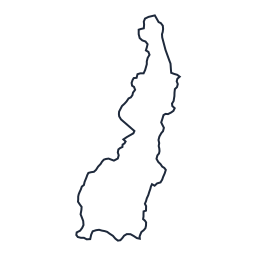 Barra do Rocha, Bahia, Brazil
{"feature_id": "56859067B92025314494769", "entity_name": "Barra do Rocha", "entity_type": "district", "adm_level": 2, "iso_a3": "BRA", "parent_name": "Brazil", "parent_adm1": "Bahia", "projection": "robinson", "projection_center": [-39.586, -14.075], "detail": "fine", "context": "isolated", "style": "outline", "palette": "slate", "viewbox_px": 256, "rotation_deg": 0, "n_neighbors": 0, "source": "geoboundaries", "source_scale": "gbopen_adm2", "svg_char_len": 2394}
<svg xmlns="http://www.w3.org/2000/svg" viewBox="0 0 256 256"><path d="M162.2,37.4L162.0,34.2L162.7,32.0L163.1,29.0L162.8,25.7L160.8,23.1L158.6,22.1L156.7,18.7L154.8,15.4L148.5,16.9L145.0,18.6L143.8,21.6L144.1,24.6L143.8,28.3L140.8,29.0L138.7,29.7L138.7,34.2L139.7,38.1L142.3,40.4L145.5,41.5L147.6,44.2L146.8,47.4L145.9,50.4L148.4,51.9L149.5,54.8L147.7,57.8L146.8,61.3L146.8,64.2L146.0,67.0L145.1,70.1L143.6,73.3L140.4,73.3L137.5,74.2L136.6,77.8L133.7,78.1L132.6,80.0L131.6,82.9L132.1,85.7L134.0,86.9L135.1,89.8L133.0,92.6L132.4,95.2L130.8,97.4L128.6,98.4L126.5,101.5L124.5,103.7L122.0,106.0L120.5,108.9L119.1,111.6L118.9,114.1L119.2,116.4L121.0,119.4L134.4,131.0L133.4,133.3L127.1,136.9L123.4,139.4L125.6,141.5L124.5,143.4L122.6,144.6L122.4,147.0L120.2,148.0L118.4,149.4L117.8,152.4L118.7,155.3L117.8,158.5L115.8,159.6L113.9,160.6L108.6,158.6L105.8,159.0L103.8,159.7L102.0,161.7L100.6,164.0L98.1,166.6L96.0,169.9L93.9,171.8L91.1,172.2L88.4,172.9L87.3,175.0L86.3,177.8L84.6,181.9L83.9,185.0L81.8,186.6L80.9,189.3L79.5,192.3L78.7,194.3L78.2,196.6L78.2,199.2L78.0,201.7L79.7,204.3L81.6,206.9L81.4,209.9L80.6,214.3L81.9,217.6L83.2,221.0L83.5,225.0L82.2,227.9L80.1,230.7L76.7,232.4L76.3,235.0L77.8,237.0L80.9,237.8L83.9,237.8L86.7,239.3L90.2,239.1L91.2,234.6L92.7,231.3L96.1,230.2L99.1,229.8L101.9,230.6L104.7,231.1L107.2,231.9L109.5,233.6L112.9,235.8L115.4,238.7L117.9,240.6L120.4,240.2L122.4,238.0L124.1,235.7L126.8,234.1L130.5,234.2L133.7,236.0L136.9,238.1L139.8,238.7L139.6,236.5L140.4,234.3L141.4,232.0L143.7,230.2L145.4,228.2L146.0,225.7L146.1,222.4L144.9,220.6L143.1,219.1L143.5,216.5L143.5,213.9L143.6,211.4L146.0,210.6L146.1,206.1L144.9,203.8L146.0,201.2L146.8,198.3L148.3,195.1L149.2,192.1L150.3,189.0L150.9,186.6L152.0,184.2L154.6,185.7L157.1,183.4L160.5,182.4L162.2,179.6L163.1,177.0L164.7,173.4L165.8,169.9L164.3,167.9L162.2,166.6L160.6,164.2L158.3,162.0L156.5,158.8L157.4,155.4L159.0,153.5L159.5,151.1L159.3,148.5L158.7,146.0L159.2,143.1L158.5,140.0L159.4,136.5L161.4,133.0L163.0,131.2L163.9,127.8L162.4,124.9L161.2,122.4L162.5,118.5L163.5,115.1L165.5,113.9L168.0,114.1L171.1,112.5L173.4,110.9L174.7,108.2L172.3,106.0L172.0,103.6L173.6,101.0L174.4,96.1L174.5,92.6L174.9,89.1L177.0,87.1L177.8,84.1L176.7,81.3L177.4,78.7L179.7,76.7L177.2,74.8L174.1,73.9L171.2,72.8L170.9,69.3L170.7,66.3L170.5,63.6L169.4,60.7L165.5,49.9L162.2,37.4Z" fill="none" stroke="#1e293b" stroke-width="2"/></svg>